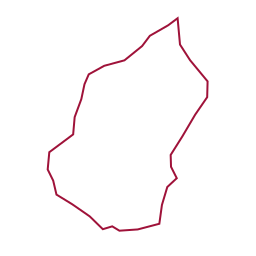 outline of Tibro, Västra Götaland, Sweden, rotated 352°
{"feature_id": "70781695B34872352941630", "entity_name": "Tibro", "entity_type": "district", "adm_level": 2, "iso_a3": "SWE", "parent_name": "Sweden", "parent_adm1": "Västra Götaland", "projection": "albers", "projection_center": [14.256, 58.478], "detail": "fine", "context": "isolated", "style": "outline", "palette": "rose", "viewbox_px": 256, "rotation_deg": 352, "n_neighbors": 0, "source": "geoboundaries", "source_scale": "gbopen_adm2", "svg_char_len": 549}
<svg xmlns="http://www.w3.org/2000/svg" viewBox="0 0 256 256"><g transform="rotate(352 128 128)"><path d="M169.3,184.5L165.2,172.4L166.5,160.6L180.8,143.7L196.4,124.1L210.7,108.5L213.3,92.9L198.9,69.5L191.1,52.6L192.4,26.2L182.0,31.9L162.5,39.7L153.4,48.8L133.9,60.5L113.1,63.1L96.6,69.4L91.0,78.6L85.8,92.9L76.7,109.8L72.8,126.7L46.7,141.0L42.7,157.9L46.6,169.7L47.9,184.0L62.2,195.8L77.8,210.2L89.0,224.7L98.7,223.2L105.2,228.5L123.5,229.8L145.7,227.2L150.9,208.9L158.7,191.9L169.3,184.5Z" fill="none" stroke="#9f1239" stroke-width="2"/></g></svg>